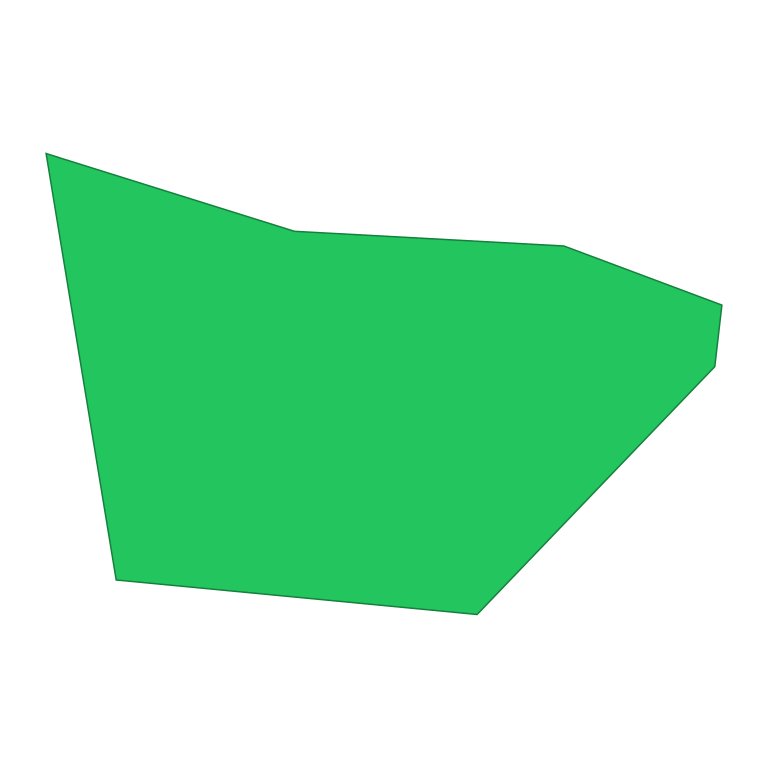 Gamsa, Ad Daqahliyah, Egypt
{"feature_id": "37247803B6242604579963", "entity_name": "Gamsa", "entity_type": "district", "adm_level": 2, "iso_a3": "EGY", "parent_name": "Egypt", "parent_adm1": "Ad Daqahliyah", "projection": "orthographic", "projection_center": [31.551, 31.44], "detail": "fine", "context": "isolated", "style": "filled", "palette": "green", "viewbox_px": 768, "rotation_deg": 0, "n_neighbors": 0, "source": "geoboundaries", "source_scale": "gbopen_adm2", "svg_char_len": 250}
<svg xmlns="http://www.w3.org/2000/svg" viewBox="0 0 768 768"><path d="M477.1,614.5L617.7,467.8L714.8,366.6L721.9,305.1L563.9,246.0L294.4,231.3L60.5,158.1L46.1,153.5L116.2,580.0L477.1,614.5Z" fill="#22c55e" stroke="#15803d" stroke-width="1.5"/></svg>